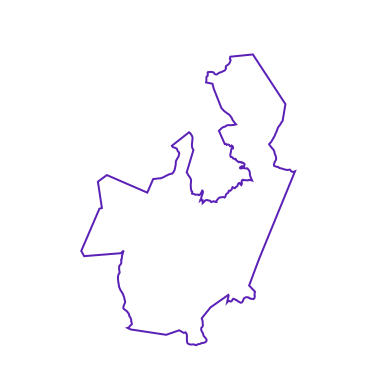 San Miguel Panixtlahuaca, Oaxaca, Mexico (Equal Earth projection), rotated 196°
{"feature_id": "50627088B1667917270930", "entity_name": "San Miguel Panixtlahuaca", "entity_type": "district", "adm_level": 2, "iso_a3": "MEX", "parent_name": "Mexico", "parent_adm1": "Oaxaca", "projection": "equal_earth", "projection_center": [-97.405, 16.226], "detail": "fine", "context": "isolated", "style": "outline", "palette": "violet", "viewbox_px": 384, "rotation_deg": 196, "n_neighbors": 0, "source": "geoboundaries", "source_scale": "gbopen_adm2", "svg_char_len": 6040}
<svg xmlns="http://www.w3.org/2000/svg" viewBox="0 0 384 384"><g transform="rotate(196 192 192)"><path d="M276.4,150.4L282.2,104.8L278.0,100.6L243.4,113.6L242.8,114.8L242.1,115.9L241.6,116.9L241.7,114.8L241.6,113.2L241.7,111.8L241.1,108.1L241.5,107.5L241.2,106.7L240.8,106.2L240.8,105.5L240.6,104.8L240.4,104.0L240.5,103.3L241.2,101.6L241.5,101.0L241.6,100.3L241.3,99.7L240.6,97.2L239.7,95.5L239.3,94.4L239.6,93.7L239.9,92.4L239.9,91.3L239.7,89.8L238.8,87.0L238.2,85.6L237.6,84.2L236.9,83.0L236.2,81.1L234.1,78.4L231.0,75.5L230.2,75.0L229.5,73.7L228.3,72.3L227.2,70.1L226.2,68.5L225.9,67.2L226.3,63.9L226.3,62.5L225.9,61.3L225.5,60.9L223.3,60.0L221.8,59.5L220.8,58.8L220.3,58.2L219.6,57.9L218.8,57.2L218.2,55.6L217.3,55.0L215.5,52.9L215.0,52.0L214.8,50.9L214.6,50.4L214.1,50.0L213.8,49.4L213.5,48.6L213.4,48.2L213.8,47.5L214.6,46.4L215.3,44.5L215.6,44.2L216.5,43.6L213.0,43.0L177.5,47.6L166.2,55.5L161.0,54.3L159.5,55.3L157.8,53.8L157.1,51.9L156.0,47.9L155.7,47.4L155.4,46.4L155.0,45.9L154.6,45.5L153.8,45.1L152.8,44.9L151.9,44.9L150.8,45.1L149.7,45.5L149.2,45.8L147.8,46.0L146.1,45.9L145.4,46.0L144.5,47.3L143.6,47.6L142.6,48.0L141.9,48.8L140.6,49.7L140.0,49.7L139.5,50.1L138.1,51.0L137.1,52.2L137.1,53.3L137.3,54.1L138.5,55.1L139.7,56.0L141.2,56.9L141.5,57.5L142.3,58.8L143.6,60.3L144.2,60.7L145.0,61.8L145.5,63.0L145.5,64.3L144.9,65.2L144.7,66.1L144.8,67.0L145.4,68.2L146.2,70.8L147.2,72.3L147.8,72.9L147.7,73.6L142.4,86.2L128.7,103.1L128.2,102.5L128.0,97.8L127.8,95.7L127.4,96.6L126.6,97.4L126.1,97.6L125.1,97.3L124.5,97.4L123.9,98.0L123.5,98.9L123.4,100.1L123.0,100.6L122.4,100.8L121.1,100.6L120.5,100.3L119.8,100.5L119.1,100.2L117.8,99.6L117.0,99.6L116.6,99.4L115.5,99.1L114.6,99.0L113.6,99.6L113.3,100.4L113.0,101.2L113.0,102.4L112.8,103.4L112.8,104.0L112.3,104.6L111.4,105.5L110.6,105.9L109.4,106.2L108.1,106.1L107.7,105.7L107.1,105.6L106.6,105.8L105.6,105.6L104.6,105.9L103.4,106.0L102.8,107.0L102.8,107.9L102.9,109.0L103.1,109.6L103.5,110.0L103.7,111.4L104.0,112.3L103.9,113.5L111.3,117.8L109.6,139.7L108.9,147.6L98.7,240.3L99.9,239.4L100.6,239.1L101.6,239.1L102.7,239.4L103.4,240.1L104.1,240.5L106.5,239.4L109.4,239.2L111.4,239.3L115.0,239.2L115.8,239.8L117.5,239.6L118.7,239.6L120.3,239.8L120.9,241.1L120.8,243.1L120.5,244.8L120.1,246.3L120.6,248.1L121.7,250.1L122.7,251.2L123.5,252.5L124.2,253.9L125.8,255.5L127.0,256.1L129.4,257.8L130.9,258.9L131.0,259.6L130.3,260.7L129.7,262.0L128.1,268.2L127.3,274.4L127.2,276.3L127.0,277.9L126.6,279.1L125.9,280.8L125.1,283.9L124.6,284.9L124.5,285.3L126.4,302.2L171.4,341.0L192.5,332.6L192.3,330.4L192.0,330.1L191.6,330.0L191.3,329.5L191.2,328.3L191.4,326.7L191.9,325.1L192.7,324.0L193.9,322.6L194.0,321.0L193.6,320.6L193.4,319.9L193.5,319.3L193.9,318.0L196.8,315.4L197.9,314.6L198.2,314.5L198.9,314.1L199.1,313.6L200.3,312.2L201.1,311.6L202.3,311.6L203.1,311.9L203.7,312.6L204.8,313.0L207.1,312.6L207.5,312.6L208.1,312.2L209.6,311.7L209.9,311.3L209.1,308.7L209.0,308.0L209.2,307.6L209.7,306.9L209.8,306.5L208.8,302.6L208.7,301.2L202.2,301.7L199.5,297.2L186.8,280.7L183.6,278.8L180.1,277.4L177.7,276.7L175.8,275.4L174.4,274.3L172.9,272.5L171.5,271.4L170.3,270.5L168.3,269.1L170.3,268.0L173.4,266.8L175.7,266.3L177.0,265.5L178.1,264.1L180.2,262.7L180.8,262.0L183.0,258.3L173.7,247.1L172.8,247.6L172.3,247.3L171.7,246.9L171.4,247.3L170.6,247.5L169.9,247.6L169.2,247.5L168.0,246.5L167.3,246.4L166.8,246.5L166.6,247.2L166.6,247.5L166.2,247.4L165.4,247.0L165.1,246.6L164.7,245.8L164.6,245.2L165.0,245.1L165.5,244.9L165.8,244.5L165.9,243.8L165.9,243.1L165.8,242.4L165.6,240.6L165.5,238.6L165.3,237.8L164.9,237.1L164.4,236.4L163.5,236.6L162.8,236.4L162.1,236.0L161.8,235.6L161.1,235.6L159.7,235.3L159.3,235.8L158.9,235.6L158.0,234.6L155.2,233.5L154.5,234.2L153.9,234.1L153.4,234.0L153.0,234.0L152.6,234.3L152.3,233.8L150.9,234.1L150.2,234.0L149.6,233.4L149.3,233.4L149.0,232.6L149.0,230.8L149.3,230.7L150.4,230.7L150.9,230.6L151.4,230.3L152.0,229.7L152.5,229.0L152.5,228.3L152.0,228.0L151.3,228.2L149.6,229.0L148.9,229.3L147.9,229.4L146.9,229.4L145.2,230.0L143.5,228.7L143.0,228.4L142.5,227.8L142.0,227.0L140.7,223.7L137.4,219.6L140.3,219.5L141.5,218.5L143.8,218.2L145.6,217.5L146.1,217.8L146.4,217.8L146.8,217.6L147.3,216.5L146.9,214.9L146.6,214.5L146.3,213.4L146.6,212.2L147.7,212.8L148.5,213.8L148.8,213.8L149.4,213.4L149.8,212.8L150.0,211.9L150.0,210.4L150.4,209.7L150.6,209.6L151.2,208.8L151.4,208.4L151.6,207.8L151.8,207.5L152.5,207.4L153.4,207.7L154.4,207.8L154.5,207.0L154.5,206.4L154.6,205.3L155.1,204.5L155.4,204.0L155.8,203.6L156.2,203.6L157.0,203.3L157.1,202.8L156.9,201.8L157.0,201.3L157.7,200.4L158.1,200.0L158.4,199.6L158.6,198.7L158.7,196.7L158.9,196.1L159.2,195.6L159.6,195.7L160.2,195.8L161.5,195.5L162.7,194.7L163.4,194.7L164.5,193.7L166.1,190.2L165.7,189.1L166.7,188.9L167.2,188.9L168.6,189.1L170.7,187.6L171.8,188.4L173.5,188.6L174.2,188.3L175.3,188.5L176.2,188.1L176.6,187.8L177.3,186.9L177.6,186.0L178.7,184.3L179.5,187.0L180.4,186.7L180.7,187.2L181.1,186.9L181.5,186.5L181.7,186.2L181.7,187.4L181.4,188.6L181.6,190.0L181.4,192.1L181.4,194.4L181.5,195.2L182.2,196.1L182.6,196.2L182.7,195.8L182.7,195.0L183.2,192.6L183.7,191.7L184.1,191.1L184.5,190.9L185.0,191.2L185.6,191.0L186.1,191.0L187.0,190.6L188.4,190.3L188.9,190.4L189.5,190.6L190.2,190.6L190.5,190.5L191.2,190.4L191.6,190.5L191.7,191.9L191.9,192.4L192.7,192.7L193.9,194.8L194.5,196.4L195.2,198.6L195.4,199.5L195.7,201.1L195.9,202.2L196.3,203.5L197.7,205.2L200.0,207.0L201.4,208.4L202.2,209.4L202.5,209.5L202.2,232.7L203.6,234.1L204.3,235.3L205.1,237.2L206.3,244.0L206.8,244.9L207.1,245.5L208.5,246.9L210.0,248.1L210.6,248.1L210.9,248.4L211.3,248.6L224.1,230.9L223.6,230.4L222.7,229.8L221.7,229.9L220.5,229.8L218.6,229.5L216.9,227.3L215.9,226.7L215.4,226.5L214.9,225.7L214.9,224.5L214.7,222.7L215.0,221.3L215.6,219.2L215.9,217.5L215.8,216.0L215.4,214.8L215.1,212.8L214.8,208.5L215.1,206.9L215.6,205.1L216.2,204.1L217.3,203.7L218.7,202.8L222.2,199.7L223.3,198.5L226.1,196.4L227.3,196.1L232.9,193.7L234.8,179.1L278.5,184.8L285.3,176.0L274.2,151.8L276.4,150.4Z" fill="none" stroke="#5b21b6" stroke-width="2"/></g></svg>